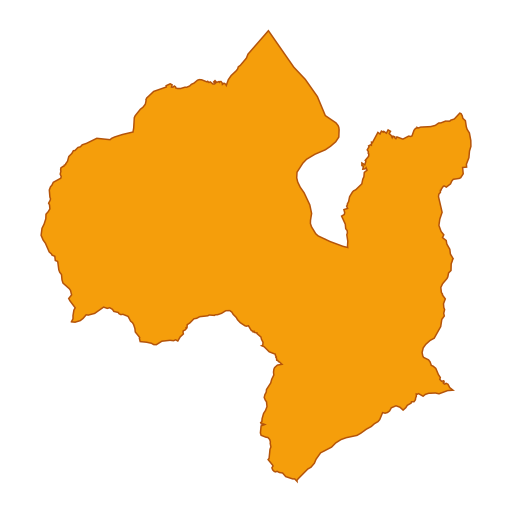 Bicaz, Neamt, Romania
{"feature_id": "2599482B9857153102681", "entity_name": "Bicaz", "entity_type": "district", "adm_level": 2, "iso_a3": "ROU", "parent_name": "Romania", "parent_adm1": "Neamt", "projection": "orthographic", "projection_center": [26.06, 46.951], "detail": "fine", "context": "isolated", "style": "filled", "palette": "amber", "viewbox_px": 512, "rotation_deg": 0, "n_neighbors": 0, "source": "geoboundaries", "source_scale": "gbopen_adm2", "svg_char_len": 6009}
<svg xmlns="http://www.w3.org/2000/svg" viewBox="0 0 512 512"><path d="M453.0,390.2L449.7,387.6L448.0,384.3L446.1,383.3L444.8,384.1L444.2,383.9L443.2,382.9L444.2,382.0L443.7,380.8L441.6,381.3L439.8,379.4L440.3,377.5L438.4,374.6L435.8,368.4L433.2,366.2L431.3,365.4L430.1,361.9L428.5,359.8L423.6,357.4L422.8,356.0L422.1,352.5L423.2,347.9L425.7,344.4L430.0,340.5L434.2,338.2L440.7,326.6L441.8,319.4L444.3,316.0L443.7,313.3L444.6,309.6L443.8,307.5L443.5,303.7L445.3,298.9L442.4,294.9L442.5,294.2L441.4,292.5L440.8,287.5L442.6,283.7L447.0,278.5L447.8,276.9L448.6,272.9L451.0,270.5L451.2,263.8L452.4,260.6L452.5,259.5L453.2,258.8L450.4,254.0L449.8,249.3L446.8,244.0L446.2,240.5L442.5,237.6L443.8,234.8L441.1,231.5L438.9,225.4L439.8,219.1L442.1,212.3L438.5,196.7L438.8,194.2L440.4,192.4L440.4,190.3L441.3,189.9L441.3,189.1L443.4,186.2L444.3,186.0L446.3,187.1L450.5,183.9L451.8,181.0L453.3,179.3L459.3,178.4L460.7,177.7L463.2,173.8L462.6,167.5L466.6,167.1L466.4,164.2L468.9,157.7L469.5,151.0L470.9,146.4L470.8,140.5L469.4,133.0L467.1,129.3L466.3,126.8L465.4,120.7L462.9,118.4L462.2,115.7L461.1,113.7L459.8,113.1L454.3,119.0L450.7,120.2L449.7,121.2L445.5,121.1L440.9,122.9L438.7,123.0L435.3,125.4L430.7,126.6L420.7,127.1L418.2,128.0L417.0,127.4L417.0,128.0L415.5,128.4L414.0,130.3L412.0,135.9L410.8,136.5L408.7,136.1L402.9,139.1L396.9,136.9L395.9,138.7L394.4,137.4L394.7,136.8L392.9,136.1L392.2,137.7L391.2,135.5L389.2,133.6L390.5,131.3L388.1,129.9L386.4,133.2L384.0,131.5L383.5,131.4L383.2,132.1L381.4,131.1L380.0,134.0L377.9,132.4L372.4,142.7L371.5,142.2L371.4,145.2L370.6,144.8L368.6,145.9L369.0,146.8L367.2,149.9L368.4,151.6L368.2,153.3L368.8,154.0L368.6,156.3L365.2,160.4L365.9,161.1L364.8,164.8L361.9,163.0L361.9,165.6L363.4,166.2L362.8,169.2L365.3,168.8L366.1,167.7L367.1,170.2L364.3,172.4L363.9,176.8L362.8,179.1L361.8,183.9L355.8,189.7L353.5,190.9L352.4,192.1L349.6,196.7L348.6,201.6L347.3,204.0L347.4,205.2L346.6,206.1L347.6,208.4L343.9,209.6L344.7,212.6L344.3,214.5L341.6,216.1L345.3,224.2L345.7,228.7L347.2,230.6L347.4,233.0L346.8,234.7L347.8,241.3L347.5,246.1L347.7,247.5L342.9,246.3L330.2,241.6L318.1,235.9L315.7,233.7L311.5,226.8L310.4,223.5L310.5,220.2L311.6,213.5L309.8,204.9L304.1,192.8L300.2,187.2L297.7,182.0L296.7,177.9L297.0,172.2L302.8,163.2L306.5,159.3L315.0,154.2L325.3,149.8L330.6,146.2L335.7,141.8L338.8,137.1L339.1,129.7L338.8,127.4L338.1,125.6L336.0,122.9L325.3,115.6L317.4,96.6L305.3,79.4L293.8,67.2L268.4,30.7L248.0,54.1L246.4,58.1L240.3,65.4L238.3,66.8L237.7,68.8L236.4,70.6L231.2,75.5L228.3,79.7L226.3,85.4L225.7,84.2L224.0,83.2L222.4,84.4L222.2,83.0L221.0,81.5L219.8,81.6L219.4,82.3L218.8,81.6L216.7,82.4L215.0,80.6L213.7,81.9L214.1,82.4L214.9,82.1L215.4,83.2L214.6,84.0L212.9,84.0L210.3,81.9L208.9,82.5L207.7,81.3L207.0,81.9L201.7,79.8L199.3,79.6L197.5,80.2L193.9,83.2L191.4,84.3L189.8,85.9L186.6,87.3L185.0,87.2L180.7,88.5L177.5,88.5L175.7,87.9L175.5,86.8L174.3,86.0L172.9,87.2L171.5,87.1L172.1,84.8L170.2,83.8L166.1,85.7L166.3,87.0L153.7,91.4L146.7,98.0L145.9,99.8L146.1,100.6L145.3,104.2L143.0,107.2L140.4,109.2L135.2,115.7L134.3,117.7L133.7,128.0L133.0,132.0L122.4,134.5L114.6,137.0L111.5,138.4L110.1,139.7L96.8,138.3L86.4,143.4L82.2,144.8L80.4,146.8L77.9,147.5L75.0,150.5L73.4,150.7L71.8,153.5L68.8,156.5L67.5,161.3L65.7,163.8L65.6,164.6L64.2,165.2L63.8,166.4L63.0,166.4L60.9,167.9L60.6,169.8L60.9,171.2L60.2,174.1L61.2,176.5L60.8,178.2L53.3,182.3L51.9,185.2L50.5,186.8L49.3,190.0L49.9,197.1L50.5,198.8L50.2,200.2L48.6,203.2L49.5,204.8L49.9,208.9L48.2,211.7L46.0,214.2L45.8,218.8L44.1,224.1L42.0,228.3L41.1,235.3L43.1,240.0L45.4,243.2L49.2,251.9L51.5,254.0L52.0,255.1L54.8,256.3L55.3,260.5L57.4,261.3L57.8,262.1L58.8,269.8L59.7,272.2L61.5,274.6L62.0,279.9L63.0,283.1L69.3,288.7L70.5,290.4L71.6,294.9L68.7,298.5L70.0,300.9L75.2,307.8L73.9,310.1L73.0,315.5L73.0,318.8L71.4,321.8L71.6,321.9L75.1,322.2L80.3,320.6L83.0,318.5L86.2,314.8L88.2,315.1L94.7,313.4L103.6,307.1L107.3,308.4L109.7,307.7L112.5,309.4L113.8,311.4L118.3,312.5L118.9,313.6L120.8,314.6L122.9,314.3L128.1,316.4L130.6,321.1L132.5,322.7L133.6,324.6L134.9,328.5L135.3,332.0L139.7,337.5L139.4,338.4L140.2,341.6L146.5,342.2L151.5,343.3L153.7,344.6L156.3,344.7L161.9,341.2L170.0,340.3L173.6,340.7L175.6,339.8L177.8,341.0L180.2,336.9L183.4,333.9L183.0,332.2L183.3,330.8L185.1,330.0L186.3,328.6L186.1,327.7L187.0,327.7L187.2,324.7L189.9,322.9L193.9,318.8L196.7,318.3L199.7,316.7L207.8,315.8L209.2,315.0L214.5,315.4L215.2,314.8L217.6,314.7L221.6,313.3L225.8,310.7L229.8,310.6L231.9,312.2L233.2,314.4L236.3,317.5L237.5,319.7L240.3,322.7L245.0,325.8L246.5,326.2L248.4,325.7L251.3,330.5L252.8,331.2L253.0,331.9L253.8,332.0L254.1,331.5L254.7,332.5L257.0,332.9L257.0,333.6L261.0,337.1L261.4,339.1L263.0,342.3L262.8,345.2L261.7,345.7L264.1,346.7L269.2,351.8L275.3,354.2L275.5,355.7L276.3,356.9L275.9,357.3L276.5,358.2L276.7,360.2L277.7,360.4L278.5,361.7L279.4,361.9L282.0,364.3L277.4,365.1L274.6,367.6L273.9,369.2L273.5,372.1L273.8,375.0L271.7,379.3L270.7,383.0L266.5,389.5L266.2,392.2L264.9,394.6L264.2,397.5L265.4,400.3L266.5,401.8L267.0,406.6L265.5,410.5L263.6,413.4L262.1,418.6L261.8,421.9L260.7,422.5L261.3,424.0L263.0,423.8L264.8,424.5L261.1,425.9L260.4,432.9L261.1,435.3L265.9,437.2L267.9,437.5L269.7,439.5L270.4,441.9L270.2,443.3L270.9,446.9L270.0,449.3L269.1,458.3L268.1,459.6L272.6,465.1L273.0,466.0L271.9,467.8L272.7,469.9L274.3,471.5L275.7,471.9L277.0,471.3L279.4,472.5L282.6,473.0L285.7,476.6L292.6,478.9L294.7,478.9L297.0,481.3L296.9,480.4L298.3,478.6L307.8,469.0L311.0,467.2L314.4,463.2L316.0,459.3L320.6,452.8L331.6,447.1L335.6,443.0L340.9,439.6L346.2,437.7L357.0,435.4L360.8,433.2L366.3,429.2L371.3,426.5L374.4,423.7L378.0,421.6L379.7,419.6L382.6,412.6L385.1,413.2L387.5,412.5L389.6,410.9L391.3,407.8L396.0,405.8L399.9,407.2L403.1,410.1L405.8,407.7L407.3,405.3L411.1,403.1L411.5,401.8L414.0,401.7L415.4,399.8L415.7,397.6L416.3,396.5L416.3,394.0L417.0,394.3L418.5,393.6L423.1,396.2L425.3,394.4L428.6,393.3L435.4,393.0L439.0,393.8L447.6,390.6L453.0,390.2Z" fill="#f59e0b" stroke="#b45309" stroke-width="1.5"/></svg>